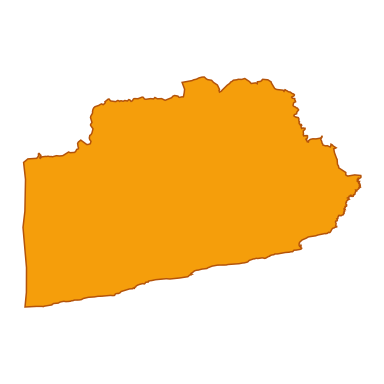 outline of Komenda-edina-eguafo-abirem Municipal, Central, Ghana
{"feature_id": "2480657B89828953333594", "entity_name": "Komenda-edina-eguafo-abirem Municipal", "entity_type": "district", "adm_level": 2, "iso_a3": "GHA", "parent_name": "Ghana", "parent_adm1": "Central", "projection": "mercator", "projection_center": [-1.414, 5.13], "detail": "fine", "context": "isolated", "style": "filled", "palette": "amber", "viewbox_px": 384, "rotation_deg": 0, "n_neighbors": 0, "source": "geoboundaries", "source_scale": "gbopen_adm2", "svg_char_len": 5943}
<svg xmlns="http://www.w3.org/2000/svg" viewBox="0 0 384 384"><path d="M25.0,307.0L36.3,306.4L41.9,306.4L43.5,306.6L44.1,306.2L51.9,304.9L52.0,304.5L53.7,303.5L58.2,303.1L60.0,302.1L61.6,301.7L63.9,301.3L65.7,301.6L68.1,301.5L70.6,301.2L71.7,300.7L72.9,300.7L74.2,300.1L79.0,300.0L81.4,299.6L83.3,298.5L88.4,297.3L94.5,296.9L97.9,296.3L101.7,296.2L110.4,295.4L113.0,295.6L114.6,295.4L115.0,294.4L115.9,293.7L117.7,293.4L118.0,293.6L119.8,292.9L121.2,291.5L129.6,288.9L132.8,288.7L133.2,288.0L133.6,287.9L134.4,288.3L134.8,287.3L135.6,287.0L136.2,286.0L137.7,285.1L139.6,284.4L142.6,283.6L144.4,283.9L144.9,283.5L145.7,282.3L148.3,282.0L148.5,281.2L150.3,280.7L151.5,280.6L155.6,279.7L166.3,278.7L169.9,279.0L179.4,278.0L187.9,276.7L189.5,275.2L190.1,274.9L190.9,274.9L190.8,274.1L191.7,274.1L191.3,273.8L191.2,273.3L192.4,272.6L194.6,270.8L196.8,270.2L198.2,270.1L201.9,269.1L206.9,268.5L207.8,267.8L212.2,266.1L217.7,265.1L226.0,265.0L228.1,264.5L239.1,263.7L242.7,263.0L244.1,262.9L247.0,262.2L248.0,261.7L249.2,260.4L253.8,258.8L254.4,258.9L256.2,258.3L257.8,258.5L261.8,257.9L262.9,257.9L264.6,258.4L265.8,258.1L268.3,256.6L269.8,256.2L269.9,255.7L270.2,255.5L272.2,254.9L273.9,254.7L274.7,254.0L277.7,253.9L285.3,252.5L289.3,252.2L291.1,251.7L292.1,251.8L292.7,251.6L294.0,250.2L296.1,250.1L300.1,249.4L301.3,248.9L301.7,248.2L300.8,247.5L301.1,245.7L300.9,245.2L300.3,246.5L299.7,246.5L299.1,245.2L299.2,243.2L299.7,242.2L302.2,239.9L306.2,238.2L308.4,236.9L315.7,235.8L317.9,235.0L325.1,233.5L325.5,233.7L327.2,233.4L328.7,232.3L329.3,232.6L330.0,232.4L330.7,231.5L331.8,229.3L332.9,228.2L334.2,227.9L334.7,227.4L336.7,226.9L336.7,226.4L336.3,226.4L335.7,225.7L336.1,223.6L335.5,222.1L335.6,221.3L336.1,220.9L336.8,221.0L337.3,220.3L337.4,219.9L336.8,218.8L337.9,218.3L337.9,217.0L338.7,216.2L338.6,215.5L339.9,215.3L340.4,215.7L341.2,215.7L342.4,214.9L343.0,214.9L343.5,214.4L343.5,213.7L344.1,213.2L343.9,212.9L344.1,212.5L343.7,212.1L344.7,211.1L344.2,210.3L344.1,209.1L345.1,209.4L344.6,208.1L345.2,207.5L345.1,206.6L345.6,206.6L345.9,206.0L346.5,206.1L346.7,204.9L346.0,204.3L345.8,203.2L346.4,202.3L346.2,202.1L346.6,201.1L347.4,200.4L347.6,199.9L348.3,199.7L348.2,199.0L349.1,199.1L348.7,198.5L349.0,197.9L348.9,197.5L348.2,197.5L348.8,197.1L349.2,196.2L350.0,196.2L350.4,195.3L351.0,195.2L351.3,196.3L351.9,196.0L352.3,196.4L353.2,196.3L353.5,194.7L354.0,194.9L354.9,194.2L355.1,192.8L355.6,191.8L355.6,191.2L356.5,191.0L355.9,190.1L357.0,190.2L359.0,188.4L358.9,187.6L359.1,187.3L359.7,187.6L360.5,187.1L360.1,186.4L360.3,185.1L360.1,184.8L359.4,185.4L359.2,185.0L359.8,184.0L359.7,183.5L359.2,183.1L358.7,183.2L358.7,182.3L359.4,181.9L359.5,181.5L357.9,181.6L358.0,180.8L357.3,181.0L357.3,180.4L357.9,180.0L357.3,179.7L357.4,179.2L358.0,179.0L358.3,178.2L358.9,178.8L360.7,177.6L361.0,177.0L360.8,175.5L354.7,174.9L347.6,176.1L345.7,174.8L345.8,172.5L338.8,167.9L338.5,166.0L337.5,164.4L337.1,159.2L336.7,158.8L334.5,152.8L333.7,148.8L334.1,148.8L336.1,147.8L333.2,146.0L332.4,145.0L331.0,144.2L330.7,146.3L330.2,147.0L327.3,145.7L325.7,145.9L323.0,145.1L322.8,144.2L322.1,143.2L321.6,141.1L320.8,139.5L320.8,139.0L322.0,137.1L322.2,135.7L321.2,137.5L320.4,138.1L316.0,138.9L312.8,138.8L310.2,139.4L308.6,140.7L308.4,142.0L307.3,141.8L307.3,141.2L306.5,140.6L306.7,140.1L306.6,139.5L306.0,139.2L306.3,138.7L307.0,138.5L307.5,137.5L307.5,135.8L306.9,135.5L306.4,135.8L305.6,135.6L305.2,135.9L304.6,135.8L304.1,135.5L303.7,135.8L303.2,134.8L303.5,133.6L303.3,132.7L303.3,130.9L304.8,129.5L305.1,128.9L305.0,128.2L304.0,128.2L303.0,127.9L301.7,128.5L301.1,127.2L301.1,126.2L301.7,125.5L301.4,124.6L300.9,124.3L300.3,125.0L299.2,123.5L299.1,122.6L299.5,121.9L298.8,120.9L298.9,118.9L298.3,117.6L297.6,117.6L296.8,117.1L296.2,117.4L294.0,116.0L293.9,115.3L294.6,114.5L296.6,113.8L296.8,112.2L298.6,109.9L297.4,108.1L296.7,108.1L295.2,106.9L294.1,106.5L293.4,106.0L293.0,105.3L293.6,103.0L294.0,102.5L295.6,101.8L295.5,101.2L294.7,99.6L294.7,98.6L292.4,98.3L291.6,97.2L291.8,96.9L293.8,96.0L294.3,95.3L294.4,94.8L293.6,94.0L292.1,93.5L290.3,92.1L288.3,91.7L286.9,90.7L285.9,90.4L285.5,89.9L285.0,89.7L284.0,91.3L283.2,90.2L276.9,89.5L275.7,89.1L274.6,88.4L271.5,83.2L271.1,81.9L267.9,79.8L262.7,79.3L261.8,80.2L261.8,80.5L260.5,81.4L257.4,81.8L257.2,83.7L256.2,83.1L255.4,82.9L251.2,83.5L249.5,81.6L244.8,78.5L241.8,79.4L238.2,79.3L236.7,79.8L233.4,80.2L232.2,81.3L230.6,82.1L229.7,83.4L227.2,85.2L221.8,90.5L221.5,91.1L219.5,92.1L219.0,90.3L219.5,89.9L219.4,89.2L217.4,85.0L213.5,82.4L211.6,80.3L207.6,79.6L206.2,78.8L204.3,77.0L202.0,77.1L199.0,77.9L196.4,79.2L193.7,79.8L192.0,80.6L182.1,82.4L184.6,89.2L184.2,92.9L183.4,96.8L181.7,96.9L179.5,97.4L178.8,97.2L177.9,96.1L174.6,95.5L172.9,96.2L171.6,97.7L165.1,100.3L161.6,98.6L157.4,98.8L154.9,97.5L153.6,98.9L150.5,98.6L145.9,99.3L144.5,99.0L143.2,97.3L142.1,97.1L138.0,98.7L134.1,98.6L133.4,99.1L132.4,100.7L131.1,101.4L129.8,99.9L128.8,99.6L127.4,101.0L124.8,100.5L123.1,101.3L121.4,100.8L120.1,100.9L119.7,101.4L118.1,100.5L117.6,100.5L116.0,101.5L115.5,101.6L110.9,101.0L110.3,100.7L109.2,99.1L108.2,99.1L104.9,101.8L105.3,102.5L105.2,102.8L104.4,103.7L103.1,104.7L101.7,103.9L100.6,104.3L98.8,105.4L95.0,106.7L93.8,107.8L93.0,109.3L92.5,111.5L92.6,112.4L92.4,113.4L90.8,116.2L90.5,117.6L91.9,122.2L91.9,122.6L90.6,124.4L90.6,125.4L93.0,128.8L92.0,132.8L91.2,134.4L90.3,135.2L89.8,135.4L89.3,138.0L89.7,139.6L91.0,141.3L90.3,143.7L88.9,144.3L86.9,144.6L80.8,140.1L78.4,142.0L77.6,143.4L78.1,146.9L78.5,147.7L78.4,148.6L77.8,149.1L76.7,149.4L75.8,151.2L74.6,152.4L70.2,152.7L68.6,152.0L62.9,155.6L61.9,155.8L59.4,156.0L56.4,155.7L52.4,156.8L51.2,156.5L49.8,156.6L48.0,156.2L46.7,156.5L45.4,156.4L41.8,156.9L40.2,158.3L39.8,157.8L40.9,155.6L40.7,155.1L39.9,154.6L39.4,153.6L39.0,153.4L38.4,153.9L38.5,155.4L38.3,156.3L36.7,158.3L27.9,158.9L23.6,162.4L25.5,179.4L24.9,211.2L23.0,227.4L26.5,267.7L26.4,292.4L25.0,307.0Z" fill="#f59e0b" stroke="#b45309" stroke-width="1.5"/></svg>